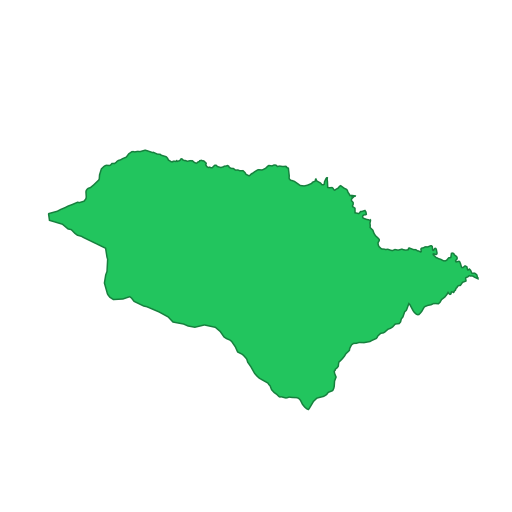 the district of Talmaciu, Sibiu, Romania, rotated 37°
{"feature_id": "2599482B75206169001308", "entity_name": "Talmaciu", "entity_type": "district", "adm_level": 2, "iso_a3": "ROU", "parent_name": "Romania", "parent_adm1": "Sibiu", "projection": "mercator", "projection_center": [23.935, 45.563], "detail": "fine", "context": "isolated", "style": "filled", "palette": "green", "viewbox_px": 512, "rotation_deg": 37, "n_neighbors": 0, "source": "geoboundaries", "source_scale": "gbopen_adm2", "svg_char_len": 6112}
<svg xmlns="http://www.w3.org/2000/svg" viewBox="0 0 512 512"><g transform="rotate(37 256 256)"><path d="M325.8,158.5L325.7,159.1L324.4,159.2L322.4,160.2L319.0,161.2L318.0,161.0L317.3,160.2L317.2,159.6L317.2,158.8L317.7,158.0L318.8,157.0L319.0,156.3L317.3,154.7L315.6,154.1L313.8,156.7L312.7,157.6L312.8,159.4L312.5,160.3L309.1,161.9L306.3,158.3L303.5,158.4L302.9,157.9L302.5,156.3L301.6,155.0L300.5,154.6L299.2,154.5L298.4,153.7L298.0,152.7L298.3,150.8L297.2,151.1L296.9,150.8L299.2,148.6L299.1,148.3L296.0,150.0L294.7,151.2L293.4,150.5L291.2,149.8L289.4,148.6L288.2,148.3L285.8,148.8L281.3,148.9L280.8,150.0L280.7,152.5L279.8,154.4L279.3,156.1L278.4,156.2L276.3,155.5L275.5,155.6L273.6,157.3L272.0,158.1L268.2,153.5L266.7,152.0L265.9,150.6L265.6,150.7L265.4,151.0L265.3,151.8L266.0,155.3L267.3,157.7L266.9,158.6L265.7,159.4L263.6,158.9L259.5,159.5L257.5,158.5L257.4,158.9L258.2,160.4L258.1,160.8L256.7,163.2L256.8,164.5L254.5,168.5L252.3,171.1L249.4,172.8L248.4,173.2L247.1,173.1L241.8,173.3L239.5,174.0L238.1,174.7L236.3,174.4L235.5,173.8L234.3,172.0L229.0,166.4L227.0,166.9L226.7,166.4L225.9,166.4L223.6,168.4L220.7,170.0L219.2,171.7L217.6,171.4L216.4,171.9L215.5,172.7L214.6,174.4L211.8,176.0L211.3,177.3L210.9,180.1L209.4,183.2L208.5,184.1L206.3,185.4L205.5,186.3L204.3,189.3L203.3,192.6L203.1,192.6L202.8,193.4L202.5,195.8L202.0,196.2L198.8,196.8L197.0,196.0L194.3,195.7L191.7,197.7L189.8,198.2L187.9,199.8L185.4,199.7L183.5,200.9L182.5,201.2L180.7,201.1L180.1,200.7L178.8,200.9L178.0,202.2L176.6,203.4L176.3,204.4L174.7,206.5L171.4,207.8L169.7,207.5L169.0,207.9L168.4,208.5L167.9,211.9L166.8,212.7L165.6,212.9L164.6,214.1L162.9,214.2L160.9,213.4L160.7,212.3L160.1,211.8L157.0,211.5L156.0,212.2L154.9,212.4L153.7,213.8L153.9,214.7L153.1,215.8L152.8,217.3L152.5,217.9L150.4,218.4L147.9,218.2L147.5,218.7L146.8,218.9L145.7,219.9L144.2,221.7L142.3,222.2L141.5,222.8L139.9,223.3L138.8,223.0L137.9,223.3L137.6,224.0L137.8,225.2L137.3,226.4L136.6,227.2L136.3,227.8L136.0,228.0L135.3,227.6L134.9,228.9L133.6,229.5L132.8,230.2L132.9,230.7L132.7,231.0L131.6,231.8L129.2,231.9L128.5,232.2L126.7,231.2L124.8,230.8L123.9,231.0L119.8,232.5L118.2,232.5L116.0,234.0L111.6,235.0L111.1,235.7L105.8,237.4L103.8,238.2L100.6,242.4L98.5,243.7L96.5,245.9L95.1,246.5L94.1,247.4L92.9,251.0L92.9,255.1L90.8,258.7L90.0,260.7L88.6,262.5L88.0,264.3L88.0,265.4L87.2,267.5L86.4,267.9L85.3,268.8L85.1,271.1L84.5,271.9L81.8,273.7L80.9,275.3L80.6,276.5L80.1,279.5L82.2,285.3L84.4,288.7L84.7,289.9L83.6,296.9L82.6,301.0L81.3,302.9L81.0,304.1L81.0,305.8L81.6,307.1L84.9,311.0L85.7,312.5L85.7,315.7L82.8,319.7L81.2,320.4L78.2,325.6L75.9,329.2L74.5,332.1L72.0,336.4L70.4,339.8L65.0,346.8L65.1,347.3L69.6,351.8L82.3,347.1L89.6,347.5L92.6,346.1L97.8,346.9L100.8,346.9L104.8,345.3L106.7,345.1L131.2,340.3L137.6,346.5L139.5,347.9L146.3,358.0L147.4,361.6L151.2,368.8L160.1,375.6L161.5,376.2L164.2,376.9L168.3,376.6L175.6,370.4L179.6,364.5L181.9,364.5L185.9,365.6L196.5,363.5L199.3,362.2L212.3,359.0L222.6,357.5L229.4,358.7L239.1,353.9L243.8,352.8L250.0,349.7L256.3,342.1L266.5,337.4L272.8,337.8L279.2,339.9L282.2,339.7L285.7,338.8L288.0,338.9L294.2,341.0L299.1,343.7L303.9,342.8L305.9,342.9L309.5,343.6L310.8,344.0L313.3,345.8L318.5,347.5L325.6,350.6L329.0,351.3L332.3,351.6L341.9,350.3L343.9,351.0L345.2,351.1L348.9,353.4L352.7,354.1L355.9,354.0L358.9,354.4L360.0,354.2L360.7,353.3L365.1,351.5L366.0,350.7L367.4,348.7L369.9,347.3L373.8,344.6L375.3,344.1L376.8,344.1L378.4,344.5L382.4,346.5L385.6,347.3L388.4,347.5L390.2,347.1L390.3,345.9L389.4,337.5L390.1,333.2L390.4,332.5L394.5,327.4L395.5,325.0L395.8,323.9L395.7,322.6L395.9,321.2L398.1,317.6L398.2,316.9L397.7,314.8L396.9,313.0L394.0,308.6L392.8,304.5L389.6,302.6L387.8,301.0L388.0,299.6L387.5,298.8L388.1,296.2L388.0,294.4L386.5,291.9L386.0,290.4L386.4,289.2L386.8,286.0L386.9,282.7L386.6,280.0L387.3,275.9L387.3,274.9L386.6,273.8L386.3,272.6L385.8,269.8L385.9,268.8L386.6,267.0L388.6,265.4L390.4,263.0L394.4,260.2L398.5,255.7L399.3,253.8L401.7,249.4L401.7,248.1L401.4,246.5L402.0,243.4L402.2,242.6L404.0,240.7L404.6,239.3L405.5,235.0L406.9,232.8L407.8,230.4L408.1,226.9L408.5,226.2L411.0,223.8L411.1,221.6L409.9,218.8L410.0,216.3L408.3,211.1L408.7,209.1L408.6,208.3L406.7,202.0L408.1,202.2L414.3,205.1L416.5,205.8L419.1,206.0L420.4,205.6L421.3,204.8L421.6,202.7L421.7,200.5L421.1,195.8L421.3,194.8L422.9,192.1L425.2,189.5L426.3,187.3L428.0,185.9L430.4,184.4L430.8,182.3L430.4,179.2L431.5,175.1L431.6,171.7L431.3,169.5L433.2,170.0L434.0,169.9L434.4,169.3L434.4,168.7L433.7,167.4L433.8,167.0L434.5,166.5L435.7,166.3L435.8,166.0L435.5,164.6L435.8,163.2L435.2,161.5L435.5,160.2L435.3,159.4L435.4,158.2L435.8,157.5L436.9,156.5L436.8,152.7L438.7,149.7L438.3,149.0L437.2,148.2L436.6,147.1L437.7,145.2L438.1,143.4L439.5,142.8L440.5,141.9L441.8,141.4L442.7,141.5L447.0,140.6L446.5,139.9L445.4,139.6L443.9,138.3L443.2,138.1L441.1,138.1L440.4,138.5L439.6,139.4L438.6,139.8L436.0,138.3L434.3,138.0L434.1,138.4L434.0,139.3L433.5,139.7L432.2,138.9L431.1,137.8L430.3,137.8L428.9,138.1L428.3,140.6L427.5,141.3L426.5,141.0L423.7,138.9L421.8,137.9L421.2,138.1L419.6,140.1L419.0,140.3L418.2,139.7L418.3,137.2L417.5,136.2L416.5,135.7L413.6,135.7L412.6,135.1L411.7,135.2L410.9,135.6L410.5,136.3L412.3,139.6L412.4,140.1L411.0,141.5L410.8,144.7L410.1,146.0L408.6,147.0L405.5,147.5L403.1,148.4L402.1,148.4L401.0,148.9L397.1,148.4L396.5,148.1L396.3,147.7L396.6,147.3L398.5,146.7L398.9,146.5L399.2,145.6L398.8,144.7L395.9,142.1L394.9,141.8L394.4,142.1L394.2,142.7L394.4,144.7L393.9,145.0L393.2,144.6L391.1,142.4L390.1,142.2L389.2,142.9L387.7,145.4L385.6,146.9L384.8,148.7L383.6,150.0L383.4,150.7L383.7,151.4L385.3,153.0L385.1,153.7L382.9,154.1L381.8,154.7L379.8,154.8L378.0,156.1L373.5,157.4L373.2,158.1L373.8,159.0L373.8,159.4L372.1,161.2L369.9,162.3L368.4,162.7L366.0,165.8L363.1,167.2L361.8,169.5L360.3,170.3L357.2,171.3L355.7,172.8L354.0,173.5L352.4,174.6L351.4,174.8L348.7,174.5L347.6,174.0L346.1,172.8L345.4,171.7L345.2,169.6L344.4,168.6L342.4,168.2L339.2,167.9L336.6,166.9L333.8,165.1L330.0,164.6L328.7,162.7L327.2,161.2L326.2,158.9L325.8,158.5Z" fill="#22c55e" stroke="#15803d" stroke-width="1.5"/></g></svg>